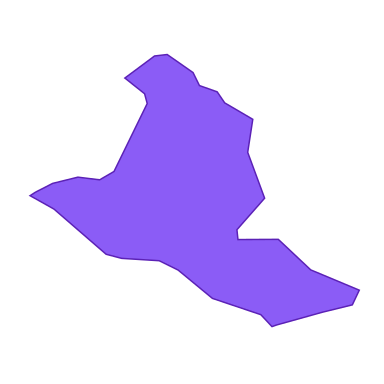 the Unitary Authority of North East Lincolnshire, rotated 177°
{"feature_id": "GBR-2056", "entity_name": "North East Lincolnshire", "entity_type": "Unitary Authority", "adm_level": 1, "iso_a3": "GBR", "parent_name": "United Kingdom", "parent_adm1": "", "projection": "natural_earth1", "projection_center": [-0.125, 53.528], "detail": "fine", "context": "isolated", "style": "filled", "palette": "violet", "viewbox_px": 384, "rotation_deg": 177, "n_neighbors": 0, "source": "natural_earth", "source_scale": "10m", "svg_char_len": 602}
<svg xmlns="http://www.w3.org/2000/svg" viewBox="0 0 384 384"><g transform="rotate(177 192 192)"><path d="M119.2,53.4L129.7,65.9L177.2,84.7L210.0,114.8L228.4,125.1L265.7,129.4L281.0,134.3L330.8,182.2L353.9,196.8L348.7,199.8L346.6,200.8L330.7,207.9L305.2,212.8L283.6,209.0L268.8,216.6L232.1,282.7L234.2,292.6L253.1,309.3L222.3,329.8L209.6,330.6L184.7,311.2L179.0,297.9L161.6,290.7L154.7,279.3L127.5,261.4L134.3,228.7L119.8,182.0L149.1,152.0L148.6,142.1L108.3,140.2L77.5,108.0L30.1,85.2L37.8,70.9L68.2,65.1L114.4,54.8L119.1,53.4L119.2,53.4Z" fill="#8b5cf6" stroke="#5b21b6" stroke-width="1.5"/></g></svg>